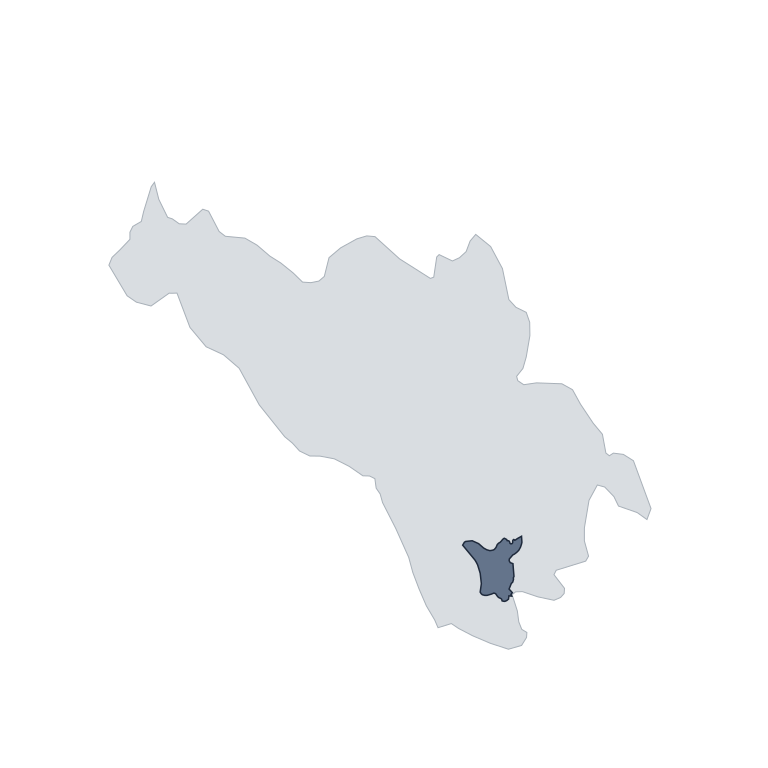 Tolmin highlighted on a map of Slovenia, rotated 237°
{"feature_id": "SVN-1018", "entity_name": "Tolmin", "entity_type": "Municipality", "adm_level": 1, "iso_a3": "SVN", "parent_name": "Slovenia", "parent_adm1": "", "projection": "robinson", "projection_center": [13.801, 46.147], "detail": "fine", "context": "in_parent", "style": "filled", "palette": "slate", "viewbox_px": 768, "rotation_deg": 237, "n_neighbors": 0, "source": "natural_earth", "source_scale": "10m", "svg_char_len": 2821}
<svg xmlns="http://www.w3.org/2000/svg" viewBox="0 0 768 768"><g transform="rotate(237 384 384)"><path d="M678.2,301.4L661.5,295.7L641.6,293.3L637.8,296.4L629.9,299.5L625.9,305.1L629.3,327.2L624.5,331.0L601.7,328.8L594.3,331.4L582.1,346.8L569.5,353.2L553.5,357.9L541.6,363.4L526.6,368.3L513.8,371.2L508.8,377.9L505.8,385.4L506.7,392.5L519.9,406.7L521.8,421.8L520.5,440.3L517.6,450.2L512.5,456.7L480.5,465.2L447.3,480.4L446.5,483.9L461.8,497.4L462.5,500.7L449.9,508.4L448.8,516.1L450.3,525.0L457.0,534.1L459.5,542.4L441.2,548.3L416.3,546.2L386.8,534.7L376.5,536.4L366.6,542.3L356.4,539.8L345.1,532.7L329.2,518.0L321.4,509.0L318.2,499.4L313.9,498.0L307.3,500.8L301.9,512.5L287.3,533.3L276.5,539.0L260.1,537.8L237.1,538.1L222.9,539.8L205.3,532.5L201.1,533.9L201.1,538.7L194.6,546.4L183.8,551.4L134.1,540.1L127.1,530.7L138.3,526.3L153.9,514.2L164.4,515.5L177.4,513.0L183.1,507.9L174.8,492.6L154.2,473.7L143.3,466.6L128.2,461.8L125.6,456.7L134.0,427.0L131.5,422.7L114.3,424.1L110.2,421.0L108.8,415.9L110.0,408.8L121.6,397.2L134.5,387.0L138.0,381.2L137.5,376.7L121.0,372.2L111.1,367.5L103.2,365.9L97.8,368.5L93.8,365.5L89.8,357.0L93.8,343.9L108.7,331.9L124.6,321.2L138.4,313.4L146.4,310.0L150.2,296.6L158.5,298.0L174.9,298.7L193.1,301.8L210.2,305.5L225.1,310.3L256.6,315.2L285.3,318.2L293.9,320.9L300.9,320.7L309.6,324.8L314.8,321.7L318.5,316.3L334.0,309.9L348.3,301.6L358.4,291.0L364.0,282.6L373.8,276.7L384.3,275.0L393.9,272.0L434.4,268.0L476.1,271.1L495.9,265.3L512.1,255.1L536.0,252.2L537.2,252.1L573.0,259.9L575.7,255.4L577.2,253.3L576.3,231.1L587.5,220.9L597.9,216.6L633.5,218.0L638.3,224.9L640.3,235.5L643.7,249.7L649.7,253.6L653.0,259.2L652.5,269.0L659.6,276.4L676.2,296.2L678.2,301.4Z" fill="#d9dde1" stroke="#a8b0b8" stroke-width="1"/><path d="M139.1,378.0L138.4,375.9L136.5,375.6L138.3,373.4L135.7,371.2L135.7,370.3L135.5,369.0L135.9,366.9L136.9,365.7L137.8,364.9L138.9,365.3L139.6,365.4L140.5,365.1L142.6,363.8L144.1,363.5L147.4,363.4L148.8,362.3L149.3,359.6L150.6,355.3L151.9,353.3L153.7,351.7L155.2,351.3L157.1,351.3L163.5,356.9L172.9,361.6L181.3,364.0L184.1,364.3L186.8,364.4L206.0,362.2L207.5,365.2L207.5,366.7L204.5,372.6L198.6,376.4L192.2,378.2L189.0,379.9L186.6,382.0L185.9,383.5L185.2,385.4L185.2,386.6L185.9,388.9L187.7,391.6L188.1,393.5L188.0,395.3L188.5,397.3L189.0,398.7L189.2,400.2L189.1,400.9L186.8,402.2L185.5,402.0L185.2,402.5L184.4,403.3L183.4,403.4L181.7,402.9L180.9,403.3L180.4,404.3L180.6,405.1L181.2,405.8L182.3,406.4L182.8,407.1L183.0,408.0L182.6,408.4L181.8,408.5L181.6,409.4L181.7,410.6L181.7,412.0L181.4,416.4L176.2,413.5L174.8,412.1L172.8,409.6L171.1,406.4L170.5,403.5L170.3,400.7L170.5,399.0L169.0,393.8L167.6,392.7L165.4,392.6L163.1,394.3L151.8,388.2L151.0,386.9L149.6,386.2L147.7,384.0L147.4,382.2L143.9,377.2L139.1,378.0Z" fill="#64748b" stroke="#1e293b" stroke-width="1.5"/></g></svg>